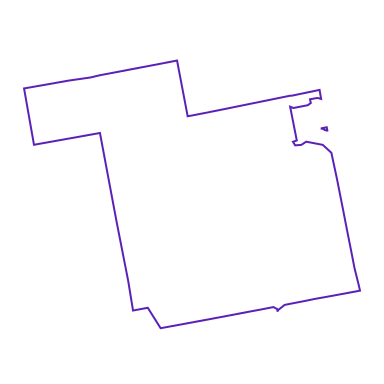 outline of Sandoval, New Mexico, United States of America, rotated 349°
{"feature_id": "52423323B31850175994071", "entity_name": "Sandoval", "entity_type": "district", "adm_level": 2, "iso_a3": "USA", "parent_name": "United States of America", "parent_adm1": "New Mexico", "projection": "orthographic", "projection_center": [-106.623, 35.709], "detail": "fine", "context": "isolated", "style": "outline", "palette": "violet", "viewbox_px": 384, "rotation_deg": 349, "n_neighbors": 0, "source": "geoboundaries", "source_scale": "gbopen_adm2", "svg_char_len": 962}
<svg xmlns="http://www.w3.org/2000/svg" viewBox="0 0 384 384"><g transform="rotate(349 192 192)"><path d="M111.5,297.1L126.5,297.2L135.2,319.7L185.3,320.2L227.6,320.4L234.9,320.5L241.8,320.5L248.8,320.5L249.4,320.5L250.0,320.5L253.3,323.2L253.1,325.7L253.9,324.4L261.2,320.6L262.6,320.5L263.7,320.5L267.9,320.5L282.8,320.5L292.3,320.4L304.4,320.6L338.1,320.9L337.9,314.9L337.0,297.8L337.0,278.7L336.9,261.6L336.9,245.2L336.9,238.9L336.8,207.0L336.3,180.1L329.4,170.7L313.7,164.4L308.3,166.6L302.2,165.9L300.7,162.0L304.7,161.4L304.6,127.0L307.6,128.9L322.3,128.9L325.6,127.3L325.5,123.5L333.1,123.6L336.5,125.3L336.7,116.1L308.3,116.5L306.4,116.2L238.2,116.8L218.4,116.9L206.8,116.9L202.2,116.8L202.4,60.1L166.9,60.0L124.8,59.8L114.1,60.2L91.8,59.1L46.9,58.3L45.9,115.5L112.9,116.5L112.3,206.1L112.4,267.5L111.5,297.1ZM336.6,154.1L330.6,154.2L333.5,155.5L333.9,156.4L336.4,157.5L336.6,158.4L336.6,154.1Z" fill="none" stroke="#5b21b6" stroke-width="2"/></g></svg>